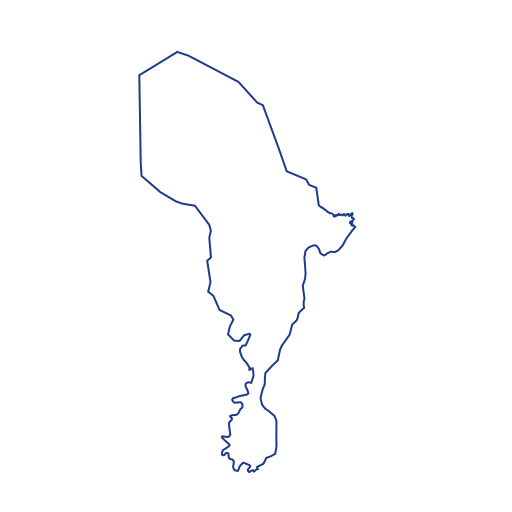 Obubra, Cross River, Nigeria, rotated 172°
{"feature_id": "59680162B46550202368720", "entity_name": "Obubra", "entity_type": "district", "adm_level": 2, "iso_a3": "NGA", "parent_name": "Nigeria", "parent_adm1": "Cross River", "projection": "robinson", "projection_center": [8.346, 6.001], "detail": "fine", "context": "isolated", "style": "outline", "palette": "blue", "viewbox_px": 512, "rotation_deg": 172, "n_neighbors": 0, "source": "geoboundaries", "source_scale": "gbopen_adm2", "svg_char_len": 3809}
<svg xmlns="http://www.w3.org/2000/svg" viewBox="0 0 512 512"><g transform="rotate(172 256 256)"><path d="M263.0,138.8L259.1,142.0L256.7,143.9L255.5,144.9L253.0,146.7L248.9,149.7L245.2,159.9L244.6,160.8L243.0,163.6L241.0,165.6L236.1,170.8L233.6,173.5L229.7,183.1L224.7,186.6L223.2,189.3L222.5,191.4L221.8,193.5L219.2,195.5L217.5,196.7L215.6,197.9L215.6,201.0L215.1,204.2L213.9,207.3L213.9,210.4L213.9,214.5L213.9,214.8L213.8,220.0L210.6,226.6L209.3,231.9L208.7,241.0L208.3,247.7L207.7,249.6L206.2,254.2L202.4,257.3L197.3,258.5L194.7,257.8L192.6,254.0L192.0,250.1L190.3,248.2L188.2,247.0L185.0,248.7L181.2,249.9L179.1,249.3L177.6,248.9L173.8,250.1L168.7,254.4L166.1,258.0L163.7,261.2L156.9,268.1L153.8,270.9L155.2,272.8L156.0,272.6L156.3,273.0L157.1,273.1L157.2,273.6L156.9,273.9L156.6,274.7L156.0,275.6L156.1,275.9L158.2,275.4L158.4,275.7L158.0,276.4L157.1,277.2L155.7,277.3L155.0,277.8L153.9,278.9L153.9,279.4L154.5,279.9L155.2,280.2L155.6,280.3L155.8,281.2L155.8,282.2L155.3,282.7L155.1,283.5L154.4,284.4L154.8,285.0L155.2,284.9L155.4,284.4L156.1,284.3L156.4,284.1L156.8,283.5L157.9,282.9L158.2,282.7L158.4,282.9L158.6,283.4L158.5,284.5L158.6,284.8L159.0,284.9L160.2,284.7L160.8,284.3L161.5,283.6L161.8,283.5L162.0,283.8L162.3,284.5L162.8,285.2L163.0,285.3L163.8,284.7L164.2,284.3L164.5,284.2L164.9,284.7L165.5,284.9L165.8,285.2L166.2,285.3L166.7,285.0L167.8,285.0L168.1,285.7L168.2,286.0L168.4,285.8L168.5,285.4L168.7,285.2L169.0,285.4L169.3,285.6L169.8,285.2L170.1,285.3L170.4,284.8L170.8,284.7L171.0,284.9L171.0,285.2L171.6,285.3L171.6,284.9L171.7,284.7L172.2,284.9L172.6,284.7L172.9,284.8L172.8,284.4L172.6,284.3L172.8,284.1L173.2,284.2L173.4,284.4L173.4,284.9L173.4,285.4L173.6,286.1L174.9,287.4L176.1,288.0L177.2,288.2L177.9,289.2L179.2,289.8L179.8,290.8L180.3,291.3L180.7,291.9L181.3,292.4L181.9,292.6L182.1,293.3L182.9,293.8L183.3,294.3L183.5,294.4L183.7,295.0L184.2,295.1L184.7,295.1L186.8,297.4L186.8,315.2L193.5,319.0L195.6,324.7L197.4,325.9L213.8,335.6L218.0,356.9L228.2,404.3L233.5,407.8L249.1,430.8L295.2,463.9L305.7,469.1L306.5,468.6L346.4,451.3L357.1,365.1L358.2,351.3L341.7,332.4L327.5,321.1L327.4,321.1L321.7,318.1L309.5,314.3L301.2,299.3L297.9,293.3L297.2,287.2L299.7,280.7L300.8,260.9L305.0,258.0L304.7,236.5L308.3,227.3L303.7,222.4L301.6,214.8L299.7,207.7L289.1,200.6L287.3,196.1L291.6,190.0L294.6,182.2L289.4,175.2L284.1,174.2L278.7,179.2L273.2,179.9L272.6,178.7L276.3,172.5L278.8,168.9L281.7,169.1L284.5,166.5L285.2,163.7L284.1,158.1L282.7,155.0L280.3,151.6L278.9,148.6L278.1,146.7L278.4,144.2L277.6,144.2L276.3,145.3L274.9,145.2L274.9,140.1L275.2,137.4L277.0,133.9L278.3,131.1L280.7,132.0L282.9,131.7L284.2,130.5L284.5,128.4L283.1,124.2L282.7,121.1L284.1,120.1L292.4,119.5L296.0,118.6L298.5,118.4L299.6,116.9L299.0,115.2L297.7,113.7L291.5,113.3L290.6,112.4L290.1,110.6L290.5,107.9L292.3,106.9L293.2,105.9L295.5,102.5L297.6,101.4L301.9,101.7L303.8,101.1L303.8,100.1L302.4,98.9L302.7,97.3L305.6,95.0L306.1,93.6L306.3,90.1L306.3,83.0L307.4,81.2L309.4,80.7L314.3,82.1L314.9,81.7L314.9,81.0L312.8,78.1L309.4,74.0L308.4,72.6L308.9,71.6L312.1,70.0L315.9,68.2L317.0,66.0L317.3,64.0L316.1,63.2L315.0,63.4L314.3,63.8L313.7,64.8L312.3,65.1L310.8,64.4L311.0,61.0L310.5,59.0L307.9,57.8L306.6,56.3L306.9,53.8L308.0,50.7L307.7,48.1L306.7,46.7L304.0,45.7L303.6,46.1L302.4,47.9L301.6,49.7L300.8,50.6L298.1,52.7L297.1,53.1L291.6,49.8L290.9,48.9L291.4,47.8L293.8,45.6L293.7,43.9L292.8,43.0L292.3,43.0L291.5,43.7L288.8,44.3L288.4,43.5L288.2,42.9L287.2,43.2L284.7,45.0L283.9,44.8L284.3,46.9L277.5,49.3L273.8,54.7L269.5,55.5L264.5,57.5L262.3,64.2L262.0,66.1L261.7,68.9L260.7,76.3L258.7,89.9L260.0,95.1L264.9,100.6L265.2,101.0L267.7,103.0L267.9,103.2L270.7,107.9L271.3,114.6L268.1,122.8L267.7,123.4L265.2,127.7L264.3,133.1L264.3,133.5L263.0,138.8Z" fill="none" stroke="#1e3a8a" stroke-width="2"/></g></svg>